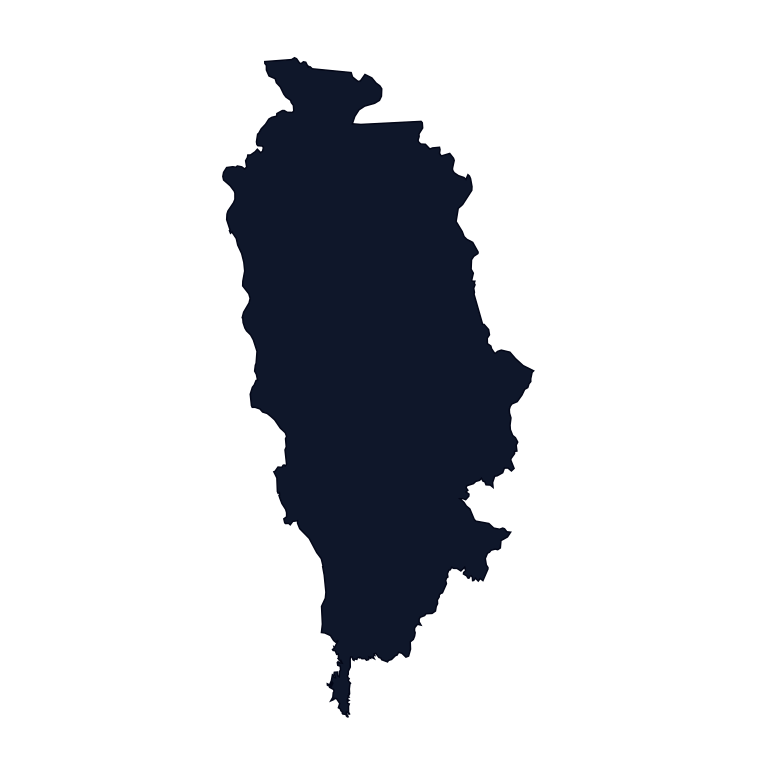 Achí, Bolívar, Colombia (Equal Earth projection), rotated 357°
{"feature_id": "7082276B83217917956191", "entity_name": "Achí", "entity_type": "district", "adm_level": 2, "iso_a3": "COL", "parent_name": "Colombia", "parent_adm1": "Bolívar", "projection": "equal_earth", "projection_center": [-74.478, 8.603], "detail": "fine", "context": "isolated", "style": "filled", "palette": "ink", "viewbox_px": 768, "rotation_deg": 357, "n_neighbors": 0, "source": "geoboundaries", "source_scale": "gbopen_adm2", "svg_char_len": 6136}
<svg xmlns="http://www.w3.org/2000/svg" viewBox="0 0 768 768"><g transform="rotate(357 384 384)"><path d="M381.2,73.9L376.3,80.1L373.9,80.5L368.6,75.7L367.5,71.3L328.9,65.5L326.9,63.4L325.2,63.4L325.3,62.1L324.7,63.2L322.7,58.6L320.4,58.0L318.2,59.6L316.6,59.3L313.7,54.6L311.7,53.5L308.7,55.2L281.8,55.8L281.8,57.7L283.2,59.7L283.0,64.3L285.3,70.4L291.3,73.4L292.3,77.5L296.0,81.9L299.1,89.3L301.1,92.3L305.6,95.8L306.1,98.0L308.1,101.0L308.2,106.5L306.8,108.0L301.5,107.6L298.7,105.7L296.8,105.6L291.2,108.3L290.8,110.9L286.0,111.8L282.9,113.4L279.3,118.4L274.8,122.7L271.8,127.4L270.9,127.8L269.3,135.5L269.6,138.2L270.5,139.4L275.1,140.0L275.9,141.7L274.9,145.2L273.0,146.6L269.8,142.9L267.5,145.3L262.7,148.3L260.0,148.2L259.5,150.6L257.5,153.8L258.2,160.1L256.1,162.0L253.3,159.7L248.9,158.6L247.4,159.8L244.4,159.1L238.2,159.6L234.9,164.2L233.9,168.3L234.5,171.9L240.8,178.0L244.6,183.7L245.1,185.7L244.8,191.8L243.2,195.1L237.2,203.1L236.1,206.1L235.5,211.6L238.4,222.3L237.7,222.7L238.6,225.4L240.1,224.2L244.1,231.0L245.2,237.6L248.7,246.3L250.4,255.2L250.8,263.9L248.4,273.9L248.0,278.6L253.7,286.8L254.8,291.5L253.5,296.0L247.6,304.9L245.9,310.3L246.4,310.4L246.5,315.3L248.0,320.8L249.5,323.7L253.4,328.0L255.8,333.0L258.9,344.7L257.4,356.5L256.5,358.5L255.5,364.3L257.1,367.8L257.9,373.4L256.4,373.8L254.4,378.1L252.4,380.4L249.9,387.2L250.5,398.6L251.2,400.4L254.0,400.5L258.8,402.4L261.3,405.6L265.8,407.3L269.3,410.4L272.9,414.0L278.2,422.7L282.8,427.4L284.0,431.2L282.8,433.5L283.1,441.7L281.7,444.6L282.5,459.1L281.0,460.7L280.0,459.6L279.0,459.9L277.6,461.9L273.8,461.4L270.6,465.5L269.4,465.9L272.1,472.2L271.9,485.8L272.5,487.5L273.8,486.9L274.0,489.4L273.3,489.7L274.0,492.4L275.8,498.0L279.2,504.0L280.0,507.3L279.8,511.5L276.9,513.4L277.6,517.4L278.4,518.2L281.5,518.2L283.0,519.7L285.7,516.4L290.5,516.0L290.4,518.6L292.3,524.1L301.2,534.2L308.0,548.8L312.2,555.1L313.7,563.0L313.2,563.1L314.3,571.7L315.1,588.9L314.2,594.9L310.0,602.8L309.9,620.6L308.5,628.9L311.8,629.5L317.4,632.4L320.3,637.5L322.2,639.3L325.0,637.5L320.8,644.6L320.3,644.1L320.5,645.4L318.7,646.4L319.2,647.4L321.4,647.9L322.6,651.5L324.2,651.3L324.3,655.2L323.7,655.6L325.3,657.7L326.5,657.7L327.7,660.7L325.4,660.3L325.6,659.3L323.9,659.7L323.6,658.9L322.8,659.7L323.1,662.5L325.5,663.5L325.6,664.8L325.6,667.5L324.5,668.7L324.0,674.0L322.5,673.0L322.4,669.2L319.3,669.3L318.9,671.0L319.9,672.6L320.2,674.8L318.6,674.4L318.2,672.4L317.3,671.7L315.9,677.6L313.9,681.6L311.7,680.4L311.7,681.7L313.4,682.8L314.9,682.4L316.7,679.1L317.3,680.1L315.9,683.0L315.2,683.7L314.6,683.1L313.9,684.1L317.6,686.4L318.1,688.2L317.2,689.6L316.5,694.2L314.3,697.6L317.5,696.4L317.7,695.4L320.2,695.8L323.1,700.7L321.5,704.9L323.3,706.1L323.9,708.1L325.5,709.4L325.0,710.3L325.6,711.4L328.8,712.0L329.0,713.4L330.0,714.5L330.7,714.4L329.1,710.7L329.2,709.5L330.1,709.4L331.8,711.9L332.3,711.7L331.4,709.9L331.7,703.8L332.6,701.7L331.0,701.0L330.9,699.1L332.6,698.1L331.6,697.5L331.0,698.1L330.8,697.3L331.9,694.7L332.6,694.8L331.9,693.4L333.0,692.6L332.8,691.4L333.4,691.4L333.4,686.7L334.2,682.0L334.9,681.1L333.1,679.0L332.9,677.8L333.8,676.4L332.7,675.5L332.2,673.5L333.1,672.0L333.3,669.0L335.5,664.9L335.8,656.9L336.4,654.9L337.8,654.9L338.6,657.7L339.6,658.4L340.0,657.0L342.5,657.6L343.0,656.2L344.0,655.6L345.1,656.2L345.6,655.5L347.5,657.2L350.7,657.2L352.0,658.9L354.2,658.4L354.8,656.6L355.5,656.9L355.1,656.1L356.5,656.9L356.8,656.0L359.8,657.7L359.0,656.0L359.9,654.0L360.5,654.3L360.0,653.0L361.7,652.5L364.6,656.8L366.7,657.7L367.2,659.2L373.0,661.7L374.0,660.3L377.1,659.5L381.3,655.8L382.9,655.4L384.5,652.7L387.8,653.8L391.6,657.9L394.3,657.0L396.6,650.2L396.7,642.9L399.9,640.6L401.4,637.3L402.1,634.0L401.5,631.7L401.9,629.0L404.9,625.7L408.3,626.7L406.6,623.3L406.8,620.7L407.8,618.9L412.4,617.4L414.0,615.6L420.0,615.6L423.5,613.4L424.5,608.9L426.0,606.2L426.0,602.4L428.0,599.5L428.1,597.7L429.5,596.2L431.4,595.6L435.9,586.7L435.3,583.3L436.4,580.9L437.7,580.1L437.4,576.8L439.0,573.3L440.3,573.1L442.2,570.4L443.5,571.7L447.3,572.0L451.0,574.7L455.0,571.2L455.7,574.9L453.7,576.3L453.4,577.9L456.5,579.9L457.6,582.1L458.6,582.4L460.1,580.2L461.1,580.0L462.1,581.6L462.2,585.0L463.3,584.9L465.2,582.7L467.8,585.7L469.9,583.3L472.5,585.5L478.1,574.2L478.2,572.7L476.7,570.1L476.0,563.6L478.5,558.4L480.5,557.5L482.2,555.6L486.4,554.7L488.9,555.4L491.6,553.8L492.6,546.5L499.3,543.2L502.7,538.6L498.9,538.0L496.8,534.9L495.0,534.1L491.9,535.1L486.0,533.6L481.4,528.8L468.4,525.7L466.9,523.7L463.2,513.3L459.8,510.1L457.6,506.3L453.7,502.5L456.9,502.6L459.5,503.8L462.8,500.5L463.1,498.4L460.2,496.1L462.2,494.5L460.5,491.9L461.5,489.9L468.1,488.2L470.5,486.1L474.4,485.2L476.4,483.2L477.7,486.1L479.6,487.0L480.6,490.0L484.9,490.5L487.5,492.9L487.3,488.1L489.7,481.9L492.2,481.6L497.9,478.8L499.8,474.3L503.4,474.4L506.7,477.5L509.5,475.1L506.7,466.9L506.8,465.3L510.7,460.4L510.8,458.2L513.2,457.9L512.8,452.0L514.5,449.0L512.4,444.5L509.8,442.1L507.8,436.2L507.7,431.8L509.0,424.5L507.8,419.6L507.8,415.9L508.9,412.9L510.7,410.6L516.1,408.6L521.2,402.2L524.2,396.7L527.4,395.1L528.8,391.3L530.7,389.3L530.8,386.5L532.5,380.1L534.1,378.7L523.9,372.9L516.6,365.5L511.4,358.8L502.9,356.3L499.1,357.4L496.7,359.3L496.0,358.9L493.3,354.5L492.7,351.7L489.4,349.1L489.5,343.7L491.9,340.4L491.3,335.1L487.1,329.8L485.6,329.6L478.6,299.0L479.1,297.2L478.6,293.0L480.1,289.7L479.4,288.0L480.1,286.1L477.6,286.0L477.0,285.0L479.0,278.0L477.0,273.9L477.9,264.5L480.3,261.2L484.6,258.6L484.9,257.2L480.0,247.2L474.2,243.8L471.7,241.0L470.1,235.9L464.5,225.5L467.3,212.5L471.9,208.9L481.8,195.2L482.2,191.5L481.2,183.5L480.2,180.8L478.8,179.4L476.5,184.0L474.7,182.0L469.2,179.8L465.0,176.6L463.7,174.0L463.7,172.1L465.8,164.4L465.2,162.2L461.7,157.2L453.1,159.3L451.5,156.5L452.2,152.9L451.8,150.5L444.8,150.8L442.1,151.7L437.9,146.8L433.3,146.3L431.4,144.4L430.7,142.3L432.0,138.9L432.0,136.1L436.0,130.4L435.9,125.1L434.8,123.7L374.5,123.6L366.0,122.5L368.8,115.3L373.4,108.9L379.2,105.5L389.5,103.1L394.3,100.5L396.5,96.5L397.2,89.1L395.5,86.1L391.8,83.0L387.9,77.7L381.2,73.9Z" fill="#0f172a" stroke="#020617" stroke-width="1.5"/></g></svg>